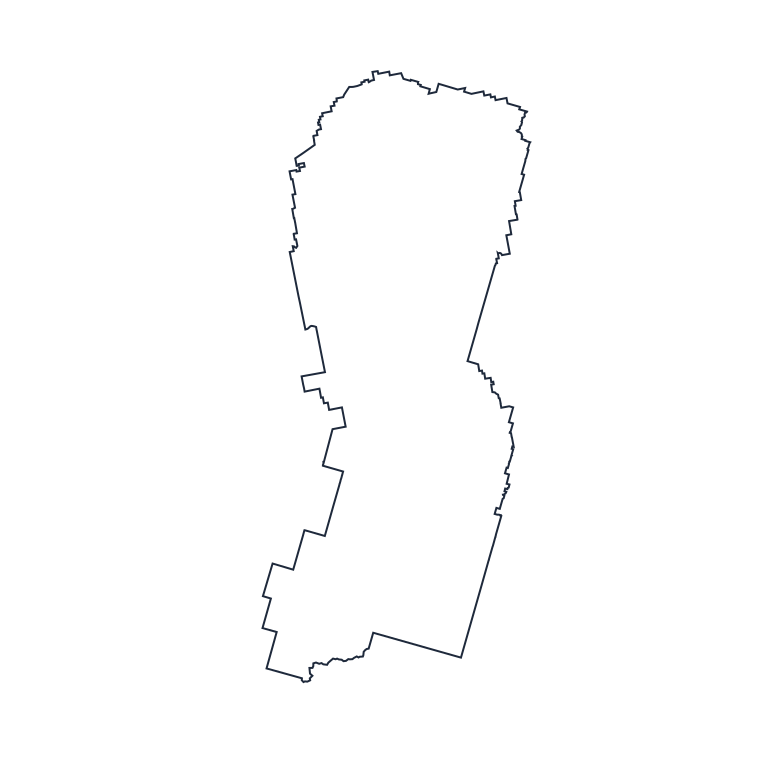 Beverley, Western Australia, Australia, rotated 286°
{"feature_id": "25037944B89171502248139", "entity_name": "Beverley", "entity_type": "district", "adm_level": 2, "iso_a3": "AUS", "parent_name": "Australia", "parent_adm1": "Western Australia", "projection": "orthographic", "projection_center": [116.842, -32.16], "detail": "fine", "context": "isolated", "style": "outline", "palette": "slate", "viewbox_px": 768, "rotation_deg": 286, "n_neighbors": 0, "source": "geoboundaries", "source_scale": "gbopen_adm2", "svg_char_len": 5763}
<svg xmlns="http://www.w3.org/2000/svg" viewBox="0 0 768 768"><g transform="rotate(286 384 384)"><path d="M125.4,442.2L141.9,442.2L142.2,533.4L217.1,533.3L243.0,533.2L243.3,533.3L243.5,533.3L243.7,533.2L244.2,533.3L244.8,533.2L245.7,533.2L248.6,533.2L249.3,533.2L249.5,533.2L250.8,533.2L251.3,533.2L251.6,533.2L252.7,533.2L253.3,533.2L253.5,533.2L253.8,533.2L255.3,533.2L255.7,533.2L257.2,533.2L257.5,533.2L258.4,533.3L266.5,533.2L266.9,533.2L267.8,533.2L267.9,533.3L268.1,533.2L269.5,533.2L269.8,533.1L289.5,533.1L289.5,532.4L290.1,532.4L290.0,531.1L290.1,530.6L289.7,529.1L289.6,528.8L289.6,526.9L289.6,526.2L295.9,526.2L295.9,529.7L306.3,529.7L307.1,530.5L308.0,530.5L310.0,530.5L310.1,530.4L310.1,529.1L310.4,528.9L310.6,529.4L310.9,529.7L312.0,530.7L312.2,530.9L312.4,531.0L312.9,531.1L313.9,531.3L314.1,531.3L314.1,529.4L316.9,529.3L317.0,531.6L318.2,531.6L318.8,532.4L322.0,532.3L321.9,529.4L331.5,529.1L331.5,524.9L337.4,524.9L337.4,526.2L341.4,526.2L341.5,526.2L341.8,526.1L342.0,525.9L342.3,525.9L342.5,526.0L343.6,526.2L343.8,526.0L343.8,525.9L344.0,525.8L344.3,526.0L345.0,526.2L345.0,526.3L349.6,526.3L350.1,526.5L350.1,526.2L356.9,526.2L356.9,524.6L359.3,524.6L359.3,526.0L361.1,525.1L361.4,525.0L362.9,524.2L363.7,523.8L367.7,521.8L368.2,521.5L368.4,521.2L368.6,521.2L371.7,519.7L371.7,518.3L372.3,518.3L372.3,518.8L381.7,518.8L381.7,514.6L397.1,514.6L397.1,510.5L393.5,503.3L397.4,501.4L397.5,501.5L402.1,499.1L402.0,498.2L405.2,496.6L405.6,494.6L406.5,492.8L406.1,490.4L412.9,487.2L414.0,489.5L416.3,488.4L415.4,486.6L419.3,484.8L417.0,479.8L421.9,477.5L421.1,475.8L423.9,474.5L422.7,472.0L428.9,469.1L428.9,468.8L429.0,458.0L440.4,458.0L448.7,458.0L462.3,458.0L468.6,457.9L528.2,458.0L529.0,458.3L530.7,458.3L531.3,459.4L535.2,457.4L535.3,457.4L536.4,459.7L541.1,457.4L541.3,457.3L541.2,457.5L541.3,458.2L541.6,458.6L541.9,459.1L541.9,459.5L541.7,460.5L541.1,461.3L540.4,461.9L543.9,469.0L560.7,460.6L563.0,465.1L575.1,459.3L578.7,466.9L578.8,467.0L583.7,464.7L583.8,464.5L583.6,464.0L591.1,460.4L591.6,461.4L595.8,459.4L598.6,465.2L605.8,461.7L605.8,461.0L623.8,461.0L623.8,458.4L637.4,458.4L638.1,458.2L639.5,458.0L640.1,458.4L648.6,458.4L648.6,457.6L649.3,457.6L649.8,457.0L650.2,457.2L650.8,457.4L651.2,457.5L655.4,457.5L655.8,457.6L656.7,457.9L656.7,457.5L656.7,452.8L657.4,452.8L657.4,448.7L659.9,448.7L659.9,448.3L660.1,448.3L662.0,447.6L663.0,446.4L663.5,444.6L663.3,442.9L664.2,441.7L665.9,443.9L667.3,444.2L668.6,443.7L671.1,444.7L671.7,444.5L673.4,444.6L674.1,444.1L674.3,443.8L675.2,444.2L676.0,443.9L676.7,443.9L678.0,443.5L678.6,444.5L678.6,444.8L680.1,445.6L681.8,444.8L684.1,444.8L684.1,445.8L684.8,446.3L685.3,446.4L685.3,438.3L687.8,438.4L687.8,425.4L692.7,422.9L687.6,413.0L690.9,411.3L689.0,407.8L691.7,406.4L688.9,400.9L692.7,398.9L687.0,388.1L687.1,380.4L690.9,380.4L687.4,373.7L687.6,356.7L687.6,353.8L679.1,353.8L676.3,348.6L675.3,346.9L680.1,346.8L680.2,336.9L681.6,336.9L681.6,334.0L683.0,333.6L683.3,333.5L683.8,333.6L683.8,325.9L682.7,325.9L682.7,318.6L687.5,314.8L682.3,304.5L685.7,302.9L680.6,293.0L683.0,291.7L680.8,286.9L673.5,290.6L672.4,288.6L672.2,288.2L671.9,287.9L671.6,287.7L671.3,287.5L669.9,286.2L670.2,285.9L672.2,284.9L670.4,281.4L669.2,282.0L667.7,279.1L666.0,280.0L665.9,280.0L663.4,276.6L662.9,275.8L662.2,274.5L661.3,272.8L661.0,272.1L660.7,271.2L660.0,268.7L652.9,266.5L651.3,266.0L650.6,265.9L648.5,265.7L645.4,259.6L643.6,260.4L643.1,260.6L642.6,260.7L641.2,258.0L637.9,259.7L636.2,256.2L631.7,258.5L627.8,251.0L627.2,249.9L624.5,251.3L623.2,248.8L620.8,250.0L620.0,248.5L617.8,249.6L617.2,248.5L615.0,249.6L615.7,251.1L611.6,253.2L610.7,251.4L610.5,251.1L608.7,249.5L604.9,251.4L603.1,247.8L602.8,247.7L598.9,249.7L598.7,249.6L594.8,251.5L584.2,243.0L576.4,236.5L573.1,238.2L569.6,239.9L569.6,240.0L570.6,241.9L571.9,241.3L574.3,246.1L571.1,247.8L568.6,242.9L565.6,244.5L564.1,241.4L565.5,240.7L562.4,234.6L555.1,238.3L555.7,239.6L542.1,246.5L540.8,243.8L532.2,248.2L528.9,249.9L527.0,247.9L526.9,247.6L518.6,251.6L518.8,252.0L514.8,254.0L514.7,254.1L504.9,258.8L503.5,255.8L503.3,255.8L501.2,256.9L498.2,258.3L498.8,259.6L492.8,262.7L490.7,262.0L490.8,261.0L491.5,259.5L491.3,258.3L486.8,260.6L484.9,257.0L447.6,276.2L444.5,277.8L439.1,280.7L414.7,293.4L415.5,294.7L416.2,295.5L416.8,295.9L418.0,296.6L419.0,297.2L419.3,297.4L419.3,297.5L419.9,298.4L420.1,299.9L420.2,301.6L420.1,303.0L419.9,303.1L417.2,304.4L417.1,304.5L395.6,315.5L379.1,324.0L368.6,302.7L361.3,306.4L357.7,308.4L354.8,309.8L361.7,323.2L357.9,325.1L353.6,327.2L353.8,327.8L353.7,327.8L354.3,328.9L348.9,331.6L350.6,335.1L344.0,338.4L349.9,350.0L332.4,358.9L326.4,347.0L292.2,347.7L292.2,347.3L290.9,347.7L290.0,347.7L289.3,347.6L289.1,347.7L288.6,347.8L288.6,368.8L286.6,368.8L286.2,368.9L285.3,368.8L284.9,368.9L283.9,368.8L283.5,368.9L281.4,368.9L280.0,368.8L278.3,368.9L277.4,368.9L277.2,368.9L276.4,368.9L276.1,368.9L275.6,368.8L274.9,368.9L274.5,368.9L272.9,368.9L271.7,368.9L270.3,368.9L269.3,368.9L268.9,368.9L268.7,368.9L267.7,368.9L266.0,368.9L264.6,368.9L262.5,368.9L260.8,368.9L260.7,368.9L258.8,368.9L257.0,368.9L256.3,368.9L254.8,368.9L254.1,368.9L252.8,368.9L221.6,369.0L221.6,348.1L221.5,347.8L216.5,347.9L180.5,347.9L180.7,326.4L146.7,326.1L146.6,334.4L115.9,334.5L116.0,349.2L78.2,349.5L78.5,386.2L76.6,386.6L75.3,388.8L76.3,389.9L76.8,392.4L78.8,394.7L80.6,393.8L83.8,395.6L85.2,392.7L90.5,390.6L91.4,393.5L93.3,393.8L96.0,393.1L97.5,395.4L97.2,398.8L98.5,400.9L97.8,402.9L98.4,406.7L100.8,407.3L106.0,410.7L106.1,413.4L107.1,414.6L106.8,416.5L107.3,419.3L106.4,421.5L107.4,423.8L109.7,425.5L109.9,426.9L110.0,427.3L110.8,429.5L112.4,430.6L114.6,432.9L114.1,434.9L115.1,435.8L116.2,438.8L117.6,438.9L121.0,438.3L123.1,439.3L124.5,440.4L125.4,442.2Z" fill="none" stroke="#1e293b" stroke-width="2"/></g></svg>